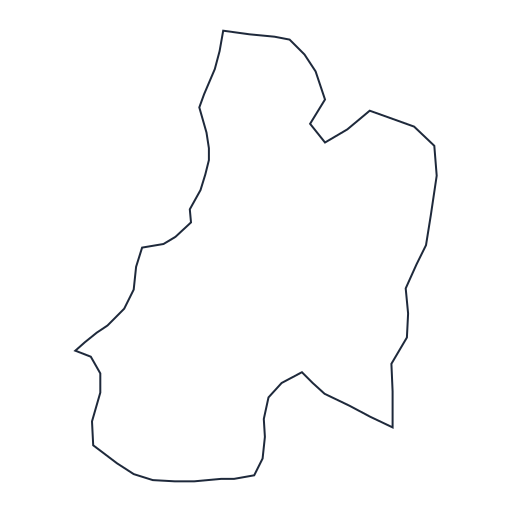 the district of Kiados, Cyprus
{"feature_id": "46923920B15009716922247", "entity_name": "Kiados", "entity_type": "district", "adm_level": 2, "iso_a3": "CYP", "parent_name": "Cyprus", "parent_adm1": "", "projection": "mercator", "projection_center": [33.604, 35.258], "detail": "fine", "context": "isolated", "style": "outline", "palette": "slate", "viewbox_px": 512, "rotation_deg": 0, "n_neighbors": 0, "source": "geoboundaries", "source_scale": "gbopen_adm2", "svg_char_len": 926}
<svg xmlns="http://www.w3.org/2000/svg" viewBox="0 0 512 512"><path d="M289.6,39.6L274.5,36.7L249.4,34.3L223.2,30.7L219.6,51.1L214.8,69.1L204.1,94.2L199.3,107.4L206.5,132.6L208.9,148.2L208.9,160.1L205.3,174.5L200.5,190.1L189.8,209.3L191.0,222.4L175.5,236.8L163.5,244.0L142.1,247.6L136.1,266.8L133.7,289.6L124.2,308.7L107.5,325.5L96.7,332.7L84.8,342.3L75.3,350.7L90.8,356.7L100.3,373.4L100.3,392.6L92.0,421.4L93.2,445.3L117.0,463.3L133.7,474.1L152.8,480.1L174.3,481.3L194.6,481.3L220.8,478.9L233.9,478.9L254.2,475.3L262.6,458.5L264.9,436.9L263.8,419.0L268.5,397.4L281.6,383.0L301.9,372.2L312.7,383.0L324.6,393.8L349.6,405.8L369.9,416.6L392.6,427.4L392.6,391.4L391.4,363.8L406.9,337.5L408.1,313.5L405.7,288.4L416.5,264.4L426.0,245.2L430.8,215.3L436.7,175.7L434.3,145.8L414.1,126.6L369.7,110.7L347.3,129.4L325.0,142.5L310.1,123.8L325.0,99.5L315.6,71.4L304.5,54.5L289.6,39.6Z" fill="none" stroke="#1e293b" stroke-width="2"/></svg>